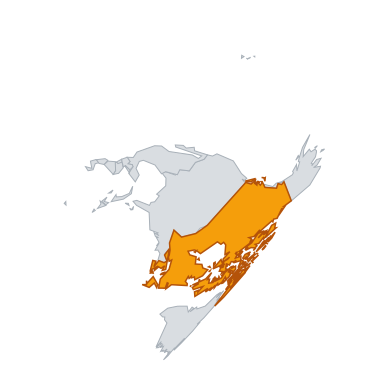 Canada highlighted on a map of North America, rotated 133°
{"feature_id": "CAN", "entity_name": "Canada", "entity_type": "country or territory", "adm_level": 0, "iso_a3": "CAN", "parent_name": "North America", "parent_adm1": "", "projection": "equal_earth", "projection_center": [-89.555, 62.395], "detail": "fine", "context": "in_parent", "style": "filled", "palette": "amber", "viewbox_px": 384, "rotation_deg": 133, "n_neighbors": 17, "source": "natural_earth", "source_scale": "50m", "svg_char_len": 10883}
<svg xmlns="http://www.w3.org/2000/svg" viewBox="0 0 384 384"><g transform="rotate(133 192 192)"><path d="M148.9,159.1L206.5,158.1L213.0,161.4L219.8,161.0L232.1,168.9L232.2,179.2L248.4,169.9L255.6,169.8L259.6,163.2L262.7,164.2L265.2,170.4L258.9,173.5L257.7,177.3L259.8,179.3L251.8,181.3L255.7,181.3L251.3,181.8L249.6,187.0L248.1,185.4L249.4,188.6L247.6,192.0L246.4,186.4L246.6,189.5L245.1,189.0L248.4,197.0L236.2,209.4L239.6,223.5L239.0,228.8L235.8,226.7L230.8,214.0L227.6,214.9L224.6,212.6L217.2,213.3L217.7,216.4L205.4,215.4L199.6,220.5L198.6,226.8L195.1,225.1L190.9,215.7L184.0,216.1L178.4,208.4L168.0,209.7L159.9,205.5L154.3,206.0L151.7,201.5L147.1,199.8L141.1,183.0L144.8,168.4L144.6,161.3L147.8,161.6L148.4,164.2L148.9,159.1ZM130.8,113.3L121.8,131.7L127.2,134.8L131.6,132.8L139.0,141.8L137.1,144.4L132.9,136.6L128.1,136.4L123.2,133.4L111.1,130.4L108.8,130.9L108.4,132.4L100.6,134.3L105.1,129.6L96.5,133.8L97.3,134.9L94.7,136.5L84.0,141.6L69.5,145.0L84.8,139.2L90.3,134.8L80.7,135.4L81.4,132.4L76.9,131.3L76.9,129.1L78.4,127.9L82.0,125.7L89.7,124.4L89.2,123.1L91.1,122.3L83.2,123.0L79.3,120.6L87.0,118.9L91.2,119.8L85.5,115.6L87.2,114.7L106.5,110.6L130.8,113.3ZM70.1,124.4L72.2,124.5L74.8,125.3L72.8,126.0L70.1,124.4ZM57.5,246.3L60.5,247.0L58.1,248.9L57.5,246.3ZM56.9,242.1L57.1,243.5L56.6,242.4L56.9,242.1ZM55.4,241.5L56.5,241.9L55.2,241.8L55.4,241.5ZM53.4,241.2L54.5,241.1L54.4,241.3L53.4,241.2ZM50.4,238.2L50.5,239.3L49.8,238.7L50.4,238.2ZM72.6,131.9L76.0,131.7L75.6,132.6L72.6,131.9ZM93.0,138.1L98.0,137.8L92.8,139.2L93.0,138.1Z" fill="#d9dde1" stroke="#a8b0b8" stroke-width="1"/><path d="M260.2,246.3L260.4,251.7L253.7,250.7L258.8,249.7L256.6,245.7L260.2,246.3Z" fill="#d9dde1" stroke="#a8b0b8" stroke-width="1"/><path d="M261.2,253.1L260.5,245.8L268.5,249.9L262.8,250.5L261.2,253.1Z" fill="#d9dde1" stroke="#a8b0b8" stroke-width="1"/><path d="M242.3,224.9L244.7,223.6L244.8,224.4L242.3,224.9ZM244.9,223.0L246.8,224.4L246.4,226.6L246.0,224.6L244.9,223.0ZM243.7,230.8L244.8,228.9L245.8,233.3L243.7,230.8Z" fill="#d9dde1" stroke="#a8b0b8" stroke-width="1"/><path d="M281.4,97.4L293.2,96.7L310.4,96.8L320.2,97.3L303.9,97.7L319.0,98.0L317.7,98.5L328.4,97.9L334.2,98.4L323.2,99.4L326.8,99.4L324.9,100.8L326.0,102.0L328.5,102.7L323.8,103.1L327.3,103.8L328.5,104.9L326.9,105.0L329.9,106.2L324.3,107.6L327.6,109.3L323.3,109.1L328.7,110.4L330.2,111.7L327.5,112.0L323.1,110.4L324.4,111.5L323.1,112.4L329.9,112.6L304.9,121.0L304.2,125.0L302.0,126.6L303.4,128.3L303.2,132.2L293.5,130.5L285.4,124.7L278.8,117.7L282.3,112.9L276.1,113.4L275.8,111.4L280.9,111.8L272.9,110.1L274.2,108.7L266.4,104.5L250.5,103.8L245.7,102.7L252.8,102.3L242.5,101.5L253.9,100.1L254.3,99.7L250.1,99.4L258.6,98.4L257.8,98.0L276.1,97.5L285.2,98.1L281.4,97.4Z" fill="#d9dde1" stroke="#a8b0b8" stroke-width="1"/><path d="M154.3,206.0L159.9,205.5L168.0,209.7L178.4,208.4L184.0,216.1L189.3,214.5L195.1,225.1L199.5,226.7L197.5,237.5L202.0,249.2L205.6,251.4L212.9,249.0L215.6,242.2L223.3,240.4L221.5,251.0L213.8,252.4L212.7,254.3L215.1,258.1L212.0,258.1L210.8,263.1L206.8,258.5L200.3,259.5L183.7,250.9L179.1,245.6L178.1,236.5L164.7,217.0L163.1,210.2L159.0,209.5L170.2,234.6L169.0,236.3L163.9,230.2L163.8,226.2L157.8,220.9L160.1,218.2L154.3,206.0Z" fill="#d9dde1" stroke="#a8b0b8" stroke-width="1"/><path d="M247.3,282.5L246.1,287.2L243.0,281.4L238.7,287.3L233.8,284.4L233.6,279.8L237.3,282.1L243.2,279.5L247.3,282.5Z" fill="#d9dde1" stroke="#a8b0b8" stroke-width="1"/><path d="M234.5,279.5L233.5,283.9L226.9,278.3L226.2,275.1L231.8,275.0L234.5,279.5Z" fill="#d9dde1" stroke="#a8b0b8" stroke-width="1"/><path d="M231.8,275.0L226.7,274.5L221.9,268.5L228.6,262.3L232.9,261.6L231.8,275.0Z" fill="#d9dde1" stroke="#a8b0b8" stroke-width="1"/><path d="M232.9,261.6L228.6,262.3L222.8,268.2L217.8,263.5L221.3,258.8L228.4,258.4L232.9,261.6Z" fill="#d9dde1" stroke="#a8b0b8" stroke-width="1"/><path d="M217.8,263.5L221.8,265.6L221.3,267.7L216.0,265.8L217.8,263.5Z" fill="#d9dde1" stroke="#a8b0b8" stroke-width="1"/><path d="M210.8,263.1L212.0,258.1L215.1,258.1L212.7,254.3L213.8,252.4L218.3,252.5L218.1,258.7L220.5,259.2L217.8,263.5L216.0,265.8L210.8,263.1Z" fill="#d9dde1" stroke="#a8b0b8" stroke-width="1"/><path d="M218.3,252.5L220.8,250.7L218.8,258.7L218.1,258.7L218.3,252.5Z" fill="#d9dde1" stroke="#a8b0b8" stroke-width="1"/><path d="M271.4,250.2L275.1,251.1L271.3,252.0L271.4,250.2Z" fill="#d9dde1" stroke="#a8b0b8" stroke-width="1"/><path d="M244.4,251.1L247.8,250.5L249.6,252.2L244.4,251.1Z" fill="#d9dde1" stroke="#a8b0b8" stroke-width="1"/><path d="M234.6,235.2L244.0,237.3L254.2,244.5L245.7,245.8L247.2,244.0L243.2,240.2L235.8,236.9L228.2,239.3L234.6,235.2Z" fill="#d9dde1" stroke="#a8b0b8" stroke-width="1"/><path d="M285.0,277.8L287.5,275.2L287.5,277.7L285.0,277.8Z" fill="#d9dde1" stroke="#a8b0b8" stroke-width="1"/><path d="M138.9,141.8L131.6,132.8L127.2,134.8L125.4,131.6L121.8,131.7L130.7,113.4L139.6,115.0L138.8,114.3L150.3,112.6L144.4,114.0L142.8,114.8L143.1,115.0L153.2,111.8L156.2,113.8L158.7,112.5L158.6,113.9L175.7,115.6L173.4,116.6L182.2,116.3L186.5,119.2L185.7,116.6L189.7,115.2L185.3,115.2L189.1,114.6L203.7,117.0L201.8,115.6L203.9,115.4L206.4,115.8L207.2,118.1L205.4,118.0L206.5,118.8L206.1,118.2L207.2,118.2L207.5,117.6L207.2,116.2L210.7,115.2L205.6,112.4L209.0,109.6L214.0,112.5L211.7,113.3L215.9,113.7L214.5,114.0L216.1,115.8L219.9,114.8L221.1,117.8L225.3,114.9L224.1,113.0L231.4,114.9L229.3,115.5L231.3,118.0L228.0,119.3L226.0,118.1L225.5,118.0L225.0,118.3L227.2,119.6L222.3,119.0L223.6,119.8L221.0,121.3L217.0,120.1L214.0,120.1L221.8,121.5L219.9,123.5L209.9,123.6L215.2,125.3L207.7,131.3L207.2,134.5L210.5,135.2L211.1,139.4L231.3,143.8L231.8,148.8L232.8,150.8L238.0,154.5L239.5,150.7L236.6,144.8L242.4,140.4L238.2,135.4L240.2,132.3L238.1,127.5L246.1,127.1L254.3,130.2L252.5,132.3L255.2,133.9L253.9,135.1L257.2,135.2L256.3,137.1L261.9,135.9L262.3,132.9L263.8,131.8L273.8,143.8L280.3,145.0L275.0,147.2L275.3,148.2L280.6,146.0L285.1,150.9L277.3,155.8L264.3,156.0L255.6,160.5L258.3,161.5L255.5,165.0L253.7,165.6L249.5,168.4L244.6,173.7L232.2,179.2L232.1,168.9L219.8,160.9L205.8,158.1L148.4,159.2L145.9,154.2L140.3,153.5L142.7,152.1L140.8,150.9L142.8,151.2L142.7,149.3L140.7,150.7L139.9,151.9L140.4,146.7L136.8,147.1L138.9,141.8ZM222.2,111.1L225.2,111.1L225.3,110.1L223.3,109.6L225.9,108.3L224.0,107.9L230.2,107.0L232.4,108.4L231.5,109.7L238.0,108.5L242.4,109.5L241.4,110.8L246.9,110.3L245.5,111.4L252.4,111.8L250.0,112.7L256.0,114.0L251.7,114.7L266.4,118.7L263.3,122.1L259.7,120.4L261.1,119.4L253.7,119.6L262.4,124.5L261.6,126.7L254.3,124.5L259.8,128.3L246.2,122.7L237.5,122.7L245.5,121.0L243.8,119.7L247.3,117.6L244.0,115.0L239.4,115.0L240.8,114.1L234.8,111.8L230.6,112.6L231.8,113.2L220.1,112.4L217.5,111.0L221.3,111.1L216.5,109.6L218.7,107.5L224.7,106.9L222.0,108.4L222.8,109.7L224.8,110.6L222.2,111.1ZM247.3,97.1L259.9,97.6L236.7,100.0L240.4,100.4L234.2,100.4L240.6,100.8L229.0,102.4L235.4,102.9L231.1,103.7L217.3,103.3L221.6,102.5L219.7,101.8L225.2,102.3L226.6,102.2L228.1,101.6L220.4,101.4L221.5,100.7L227.0,100.7L229.3,100.5L222.0,99.3L231.2,99.9L227.3,99.2L236.6,98.7L233.7,98.7L236.4,98.3L224.0,99.0L221.8,98.9L226.8,98.5L220.1,98.9L217.8,98.7L222.0,98.6L224.3,98.4L214.1,98.1L247.3,97.1ZM176.6,108.7L184.1,108.1L187.2,110.1L187.0,107.8L189.9,107.8L192.5,111.0L198.2,113.1L194.0,113.3L196.6,114.2L194.7,114.8L188.5,113.7L177.3,115.4L171.0,112.7L180.4,112.3L170.6,111.7L169.5,111.2L174.8,110.4L168.9,109.9L173.4,108.0L177.4,107.6L176.6,108.7ZM264.8,169.4L262.7,164.2L259.6,163.2L256.8,169.1L248.8,169.9L266.6,158.4L269.5,160.3L264.6,161.7L268.9,162.5L269.8,166.5L277.6,169.1L268.8,174.0L267.2,171.2L272.6,168.9L264.8,169.4ZM161.0,106.1L175.5,107.3L162.1,111.0L157.7,109.6L162.1,106.9L161.0,106.1ZM213.8,98.5L220.2,99.2L224.2,100.2L214.4,101.4L210.2,100.5L214.6,100.1L206.3,99.4L213.8,98.5ZM209.9,102.8L218.3,104.6L229.0,104.1L233.5,105.3L214.2,105.7L211.8,103.5L205.8,103.0L209.9,102.8ZM177.3,103.3L192.1,104.3L180.5,106.0L177.6,105.7L183.2,104.9L172.7,104.9L177.3,103.3ZM286.0,152.6L284.3,157.5L291.0,158.3L293.7,165.3L290.7,162.1L287.9,164.8L289.5,162.6L280.3,162.7L283.1,153.9L286.0,152.6ZM198.0,107.3L201.8,107.0L205.1,106.9L202.9,108.1L205.9,108.5L205.7,109.8L201.4,110.6L195.9,108.4L200.1,108.2L198.0,107.3ZM223.9,120.3L226.2,121.0L234.0,124.3L221.6,124.7L223.9,120.3ZM207.5,107.0L216.0,106.8L208.1,109.5L207.5,107.0ZM176.8,102.3L173.7,103.6L164.7,103.8L171.3,102.3L176.8,102.3ZM204.5,103.3L203.9,105.2L196.3,104.4L199.3,104.2L198.1,103.4L204.5,103.3ZM192.7,100.4L201.2,100.8L202.7,101.6L192.7,100.4ZM138.7,154.7L144.3,155.7L147.7,160.5L138.7,154.7ZM231.4,107.1L237.3,107.3L239.2,108.2L231.4,107.1ZM200.4,114.4L205.9,113.9L207.6,114.8L200.4,114.4ZM211.0,105.2L209.4,105.7L206.1,105.2L208.9,104.4L211.0,105.2ZM205.3,100.7L209.0,101.5L203.8,100.8L205.3,100.7ZM239.2,115.9L242.1,117.2L238.6,117.2L239.2,115.9ZM182.1,101.6L186.2,101.5L180.5,101.8L182.1,101.6ZM193.0,107.2L190.4,107.6L189.2,107.3L193.0,107.2ZM278.0,164.4L278.0,167.8L278.7,166.3L279.8,167.2L278.2,168.2L276.5,167.9L278.0,164.4ZM184.5,100.8L186.7,101.2L180.6,101.2L184.5,100.8ZM274.3,158.9L271.7,158.5L268.5,156.8L271.9,157.3L274.3,158.9ZM231.0,126.0L229.2,127.6L227.6,127.2L228.5,126.2L231.0,126.0ZM131.7,148.1L134.4,146.0L133.1,148.2L131.7,148.1ZM206.9,102.0L211.1,101.8L211.8,101.9L206.9,102.0ZM196.6,103.5L195.6,104.2L193.9,103.8L196.6,103.5ZM269.9,165.3L271.5,165.6L275.0,166.0L273.6,167.2L269.9,165.3ZM234.7,127.3L235.4,128.8L234.3,128.4L234.7,127.3ZM173.2,103.8L170.9,104.5L170.0,104.4L173.2,103.8ZM216.4,102.0L215.1,102.3L214.8,102.1L216.4,102.0ZM192.8,102.0L192.9,102.5L191.7,101.9L192.8,102.0ZM132.0,148.5L132.9,149.2L133.9,151.0L132.0,148.5ZM234.0,148.4L234.2,149.4L232.3,148.7L234.0,148.4ZM201.8,99.4L203.0,99.8L201.2,99.5L201.8,99.4ZM194.9,105.0L193.3,105.1L192.9,105.0L194.9,105.0ZM193.7,103.2L195.1,103.2L196.1,103.4L193.7,103.2ZM138.5,148.9L139.6,150.1L139.1,150.6L138.5,148.9ZM244.9,116.3L243.2,116.6L242.7,116.2L244.9,116.3ZM236.8,140.3L237.4,141.8L235.8,141.8L236.8,140.3ZM178.9,101.5L178.4,101.8L177.8,101.6L178.9,101.5ZM204.3,106.5L202.1,106.9L201.4,106.7L204.3,106.5ZM237.7,124.9L239.0,125.5L237.1,125.1L237.7,124.9ZM235.5,114.6L235.7,113.9L236.5,114.0L235.5,114.6ZM222.7,115.9L221.8,116.1L222.2,115.7L222.7,115.9ZM199.5,101.9L197.4,101.9L197.3,101.7L199.5,101.9ZM232.7,113.1L233.5,113.6L232.1,113.3L232.7,113.1ZM216.7,102.9L216.4,103.3L215.7,103.0L216.7,102.9ZM226.2,119.8L228.4,120.6L226.9,120.4L226.2,119.8ZM179.2,102.8L179.4,103.0L177.7,102.9L179.2,102.8ZM262.7,128.8L261.6,129.0L261.5,128.8L262.7,128.8ZM239.1,113.9L238.0,114.2L237.9,113.8L239.1,113.9ZM225.7,120.2L225.1,120.4L225.0,119.9L225.7,120.2ZM206.5,104.4L205.7,104.7L206.5,104.4ZM251.9,126.5L251.4,126.8L250.5,126.2L251.9,126.5ZM242.1,115.1L241.6,115.4L241.4,115.2L242.1,115.1ZM234.2,103.8L233.4,104.1L232.9,104.1L234.2,103.8ZM137.3,147.8L137.2,148.4L136.3,147.5L137.3,147.8Z" fill="#f59e0b" stroke="#b45309" stroke-width="1.5"/></g></svg>